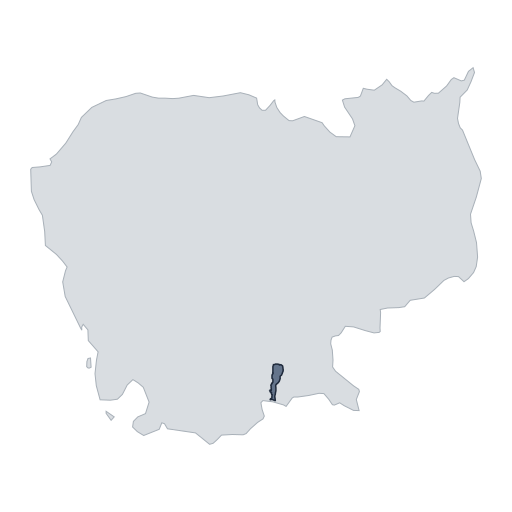 location of Leuk Daek, Kândal, Cambodia
{"feature_id": "14789045B16500497794809", "entity_name": "Leuk Daek", "entity_type": "district", "adm_level": 2, "iso_a3": "KHM", "parent_name": "Cambodia", "parent_adm1": "Kândal", "projection": "albers", "projection_center": [105.189, 11.12], "detail": "fine", "context": "in_parent", "style": "filled", "palette": "slate", "viewbox_px": 512, "rotation_deg": 0, "n_neighbors": 0, "source": "geoboundaries", "source_scale": "gbopen_adm2", "svg_char_len": 6721}
<svg xmlns="http://www.w3.org/2000/svg" viewBox="0 0 512 512"><path d="M473.1,67.7L474.5,72.5L471.0,81.7L467.2,90.0L460.1,97.2L459.8,102.5L457.5,118.4L458.5,123.5L460.2,127.8L462.5,130.1L468.8,145.5L474.6,159.6L480.2,171.2L481.3,178.5L476.3,197.1L470.5,214.2L471.1,222.8L473.7,231.3L476.5,242.6L477.6,257.1L476.2,266.6L473.6,272.5L468.4,278.6L464.0,281.7L458.5,276.6L454.2,276.4L448.4,278.0L443.9,280.4L434.7,289.3L424.4,298.0L410.2,300.3L404.7,306.7L398.8,307.6L387.6,308.0L380.2,309.5L380.6,312.7L380.0,327.9L380.2,331.5L379.1,332.4L374.0,332.9L365.3,330.6L353.6,326.9L345.3,326.3L341.1,332.9L338.5,335.5L335.4,335.9L332.1,337.1L331.0,340.1L330.7,343.8L332.3,350.1L333.0,360.1L332.6,367.0L335.6,371.3L353.5,385.8L358.8,389.4L359.4,391.6L356.3,399.5L359.1,410.6L353.5,410.4L344.2,405.7L339.7,402.8L334.3,405.1L332.4,404.7L328.7,399.2L323.9,393.6L319.0,393.3L308.6,395.5L297.9,397.0L293.9,397.0L292.2,398.0L286.1,406.4L283.5,404.9L272.7,401.8L262.9,400.6L260.9,402.7L262.1,409.5L264.3,416.1L263.0,418.9L257.6,422.4L250.5,428.7L246.1,433.6L243.1,434.8L232.3,434.5L221.5,435.1L217.1,439.7L213.1,443.3L209.6,444.3L195.5,432.9L167.5,428.8L164.5,423.7L161.8,422.8L159.2,429.3L143.7,435.5L137.3,431.6L132.6,427.0L133.4,421.4L137.8,416.9L145.5,413.6L149.1,402.1L143.3,387.3L138.3,383.0L132.9,379.6L127.2,385.0L122.4,394.4L117.4,399.2L110.4,400.2L100.1,399.8L96.3,385.7L95.0,373.7L96.5,360.0L98.1,351.8L88.3,340.6L87.9,329.9L83.2,324.3L81.7,327.1L81.8,330.2L80.5,327.9L65.2,296.5L62.7,281.9L65.5,270.8L67.1,267.0L62.6,261.1L56.4,254.4L45.4,245.5L44.7,231.6L42.4,215.3L39.1,209.7L34.1,199.6L31.4,191.3L30.7,169.2L32.2,167.5L40.0,166.9L50.1,165.4L51.7,161.9L50.0,158.9L56.5,154.0L65.8,143.1L73.0,131.7L78.2,124.6L81.4,117.4L91.8,107.4L106.2,100.5L115.9,98.9L126.0,96.6L135.7,93.3L140.3,93.0L152.3,97.1L158.8,98.2L165.6,98.2L172.7,98.6L178.8,98.2L193.6,95.4L209.2,97.7L223.1,96.0L240.4,92.7L248.9,94.8L256.6,98.1L257.7,104.8L259.5,107.9L262.1,110.3L265.5,110.3L269.9,105.6L273.6,100.8L274.8,99.9L275.0,102.2L276.8,107.5L280.1,112.6L283.4,116.0L289.0,120.6L292.6,120.8L304.4,116.5L322.1,122.7L324.2,125.8L329.9,132.1L336.2,136.7L350.0,136.9L354.9,125.7L352.5,118.9L344.6,107.1L342.4,100.1L344.9,98.8L358.2,97.4L360.4,96.1L363.3,88.3L366.9,89.2L374.3,90.2L382.1,84.9L386.7,79.3L389.2,81.8L392.0,85.7L395.1,87.9L400.7,91.2L406.9,95.9L410.8,100.5L413.9,102.2L421.8,100.9L423.9,101.1L428.5,95.5L431.7,92.4L434.4,93.3L438.4,93.2L446.6,86.0L451.3,79.5L453.9,77.7L461.3,80.9L464.3,80.2L468.5,71.3L473.1,67.7ZM91.1,367.2L89.6,368.0L88.1,368.0L86.7,366.7L86.9,361.6L88.0,358.5L90.5,358.0L91.1,367.2ZM114.2,416.9L111.1,420.3L106.1,413.3L106.1,411.3L114.2,416.9Z" fill="#d9dde1" stroke="#a8b0b8" stroke-width="1"/><path d="M273.5,364.6L273.5,364.8L273.4,365.2L273.3,365.4L273.2,365.7L273.1,366.0L273.0,366.3L272.9,366.6L272.9,369.6L272.9,369.8L272.9,370.1L272.9,370.3L272.9,370.5L272.9,371.5L272.8,372.5L273.0,372.6L273.1,372.8L273.0,373.0L272.9,373.1L272.9,373.3L273.0,373.5L272.9,373.6L272.6,373.9L272.5,374.1L272.5,374.3L272.5,374.5L272.4,374.6L272.3,374.8L272.2,374.9L272.0,375.0L272.0,378.3L272.8,379.1L272.9,379.4L272.9,382.0L272.6,382.4L272.6,382.5L272.4,382.6L272.2,382.8L272.2,383.0L271.9,383.1L271.8,383.3L271.7,383.5L271.8,383.6L271.9,383.8L271.6,384.0L271.4,384.2L271.4,384.3L271.3,384.5L271.2,384.7L271.0,384.9L271.0,385.0L270.9,385.2L270.9,385.3L270.9,385.5L271.0,385.6L271.1,385.8L271.1,386.0L271.2,386.4L271.2,386.5L271.1,386.8L271.1,387.0L271.1,387.5L271.1,387.8L271.2,388.0L271.2,388.3L271.2,388.5L271.3,388.7L271.3,388.9L271.4,389.1L271.3,389.4L271.3,389.6L271.2,389.8L271.2,390.1L270.9,390.0L270.6,390.1L270.4,390.0L270.2,390.1L270.3,390.3L270.6,390.5L270.6,390.8L270.4,390.8L270.5,390.9L270.5,391.0L270.4,391.1L270.2,391.1L270.0,391.3L270.1,391.5L270.2,391.8L270.3,392.0L270.5,392.1L270.8,392.3L271.1,392.3L271.4,392.4L271.5,392.5L271.4,392.8L271.3,393.0L271.3,393.3L271.3,393.5L271.5,393.8L271.7,394.1L271.7,394.3L271.7,394.5L271.8,394.6L272.0,394.7L271.9,394.8L272.0,395.1L272.1,395.3L272.1,395.5L272.0,395.8L271.9,396.0L271.9,396.5L271.9,396.8L272.0,397.0L271.9,397.3L271.9,397.6L271.8,397.8L271.7,398.1L271.5,398.3L271.3,398.4L271.1,398.5L270.9,398.6L270.7,398.7L270.5,398.9L270.4,399.0L270.2,399.3L270.2,399.5L270.3,399.7L270.5,399.6L271.0,399.6L271.3,399.5L271.5,399.5L272.1,399.5L272.3,399.5L272.6,399.6L272.9,399.7L273.2,399.9L273.5,400.0L273.8,400.1L274.2,400.3L274.4,400.4L274.6,400.5L274.8,400.5L275.2,400.5L275.3,400.5L275.3,400.3L275.2,400.0L275.2,399.8L275.2,399.6L275.2,399.4L275.2,399.2L275.1,398.9L275.1,398.6L275.0,398.3L275.0,398.1L275.0,397.9L274.9,397.7L274.9,397.3L274.8,397.1L274.8,396.8L274.8,396.7L274.8,396.2L274.9,395.9L274.9,395.6L274.9,395.4L275.0,395.2L275.1,394.8L275.2,394.6L275.3,394.4L275.3,394.1L275.3,393.9L275.4,393.7L275.4,393.3L275.4,393.0L275.4,392.8L275.5,392.6L275.5,392.4L275.6,392.2L275.7,391.9L275.7,391.7L275.7,391.4L275.8,391.3L275.8,391.2L275.8,390.9L275.9,390.7L275.9,390.4L275.9,390.2L275.9,389.9L275.9,389.6L275.9,389.3L275.9,389.0L275.9,388.8L275.9,388.6L275.9,388.4L275.9,388.2L275.9,387.8L275.9,387.6L275.8,387.4L275.8,387.1L275.8,386.7L275.7,386.5L275.7,386.2L275.7,385.9L275.7,385.7L275.7,385.4L275.7,385.2L275.8,385.0L275.9,384.9L276.0,384.8L276.0,384.7L276.2,384.4L276.3,384.4L276.4,384.2L276.5,384.2L276.7,383.9L276.8,383.9L277.0,383.8L277.1,383.7L277.3,383.5L277.5,383.3L277.7,383.1L277.9,383.0L278.0,382.8L278.2,382.7L278.3,382.6L278.4,382.4L278.5,382.3L278.6,382.2L278.8,381.9L278.9,381.7L279.0,381.6L279.1,381.4L279.3,381.2L279.4,380.9L279.5,380.6L279.6,380.4L279.6,380.2L279.7,379.8L279.8,379.7L279.9,379.4L280.0,379.2L280.0,378.9L280.1,378.6L280.1,378.3L280.2,378.2L280.1,377.9L280.1,377.7L280.1,377.4L280.1,377.2L280.1,376.9L280.1,376.7L280.1,376.4L280.2,376.2L280.3,376.1L280.6,375.8L280.7,375.7L281.0,375.5L281.2,375.4L281.4,375.2L281.6,375.0L281.6,374.9L281.7,374.6L281.8,374.3L282.0,374.0L282.1,373.8L282.2,373.5L282.3,373.3L282.4,373.0L282.4,372.8L282.5,372.6L282.6,372.4L282.7,372.1L282.8,371.8L282.9,371.6L283.0,371.4L283.0,371.2L283.2,370.8L283.2,370.7L283.1,370.3L283.1,370.1L283.1,369.8L283.2,369.4L283.1,369.2L283.0,368.8L283.0,368.4L283.0,368.1L282.9,367.8L282.9,367.5L282.8,367.2L282.8,366.9L282.7,366.6L282.7,366.4L282.7,366.2L282.5,365.8L282.3,365.7L282.1,365.5L281.9,365.4L281.7,365.2L281.4,365.0L281.3,364.9L281.1,364.8L280.9,364.7L280.6,364.7L280.4,364.8L280.2,364.9L279.9,365.0L279.7,365.0L279.6,364.9L279.3,364.9L279.2,364.7L279.1,364.4L278.9,364.3L278.7,364.3L278.3,364.2L278.0,364.2L277.6,364.1L277.2,364.1L276.8,364.1L276.4,364.1L276.2,364.1L275.8,364.0L275.5,364.1L275.2,364.2L275.0,364.3L274.7,364.4L274.6,364.5L274.3,364.6L274.1,364.6L273.8,364.6L273.7,364.6L273.5,364.6Z" fill="#64748b" stroke="#1e293b" stroke-width="1.5"/></svg>